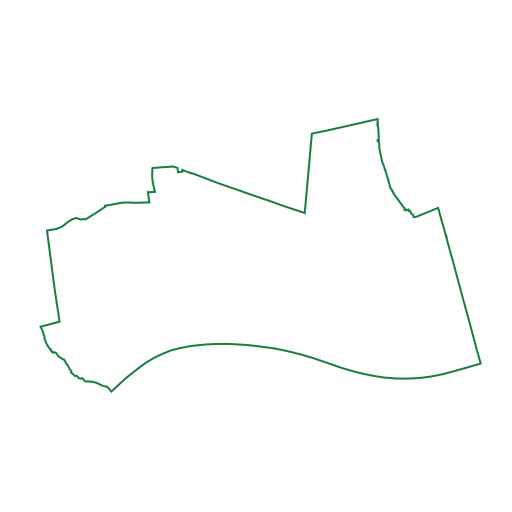 outline of Waalwijk, Noord-Brabant, Netherlands, rotated 177°
{"feature_id": "6326949B71985362418068", "entity_name": "Waalwijk", "entity_type": "district", "adm_level": 2, "iso_a3": "NLD", "parent_name": "Netherlands", "parent_adm1": "Noord-Brabant", "projection": "mercator", "projection_center": [5.025, 51.687], "detail": "fine", "context": "isolated", "style": "outline", "palette": "green", "viewbox_px": 512, "rotation_deg": 177, "n_neighbors": 0, "source": "geoboundaries", "source_scale": "gbopen_adm2", "svg_char_len": 5960}
<svg xmlns="http://www.w3.org/2000/svg" viewBox="0 0 512 512"><g transform="rotate(177 256 256)"><path d="M193.9,375.2L193.9,374.6L194.3,371.7L194.5,370.1L194.9,367.7L195.7,362.1L196.1,359.0L196.8,354.4L197.4,350.3L197.8,347.2L197.9,346.3L198.4,343.2L198.8,340.0L199.4,335.8L199.9,332.3L202.5,314.4L205.1,296.3L208.5,297.8L214.8,300.2L220.3,302.3L224.7,304.1L228.6,305.6L234.1,308.0L235.5,308.6L237.7,309.5L241.3,311.0L243.7,311.9L245.8,312.7L247.5,313.4L249.7,314.3L250.5,314.7L250.9,314.8L253.6,315.9L254.4,316.2L257.8,317.6L263.6,319.9L264.0,320.1L264.5,320.2L264.5,320.3L265.6,320.8L265.8,320.9L272.7,323.7L277.2,325.5L279.2,326.3L280.5,326.9L283.1,327.9L292.5,331.8L293.3,332.2L295.3,333.1L297.4,334.0L300.0,335.2L308.0,338.7L312.7,340.8L315.8,342.1L316.4,342.3L316.5,342.0L318.3,342.7L319.2,343.2L325.0,345.8L325.0,345.6L324.9,344.2L325.0,344.2L327.0,343.9L329.5,343.7L329.7,348.0L331.9,348.9L332.8,349.2L333.2,349.4L333.6,349.6L333.8,349.7L334.2,349.7L335.8,349.7L336.2,349.7L336.9,349.6L338.0,349.6L339.4,349.6L342.4,349.6L343.0,349.6L344.3,349.5L344.6,349.5L345.4,349.5L349.6,349.4L353.2,349.3L354.7,349.3L354.8,348.8L355.0,347.8L355.1,346.7L355.3,344.4L355.4,342.7L355.5,341.1L355.5,339.4L355.4,337.6L355.3,336.0L355.1,334.6L354.8,332.5L354.5,330.4L354.1,328.5L353.8,326.8L354.0,326.8L353.9,326.1L353.7,325.3L359.5,325.3L360.6,325.4L360.1,319.6L359.7,315.4L359.7,315.1L369.2,315.3L374.7,315.5L377.4,315.8L381.1,316.1L381.7,316.1L385.5,316.3L388.0,316.1L388.8,316.1L391.1,315.7L394.6,315.2L397.9,314.8L399.4,314.6L400.0,314.6L404.1,314.1L403.9,313.1L406.4,311.7L409.4,309.9L413.1,307.6L415.3,306.5L418.2,304.9L420.7,303.4L423.7,301.8L424.5,301.5L424.9,301.5L425.6,301.8L426.3,302.0L428.2,301.6L429.2,301.6L429.3,301.6L430.5,302.1L431.7,302.7L432.4,303.1L432.7,303.2L433.0,303.2L435.6,302.9L437.4,302.4L438.3,301.9L440.8,300.5L441.3,300.2L442.6,299.5L444.6,298.0L445.3,297.5L445.6,297.1L446.6,296.5L448.6,295.3L449.4,295.0L450.2,294.8L451.5,294.3L452.2,294.2L452.7,293.9L453.0,293.5L457.3,293.0L463.4,292.4L461.7,270.8L460.9,260.5L459.5,242.2L459.1,237.6L458.9,234.3L458.2,227.1L457.8,222.7L457.3,217.6L456.6,211.1L456.0,204.7L455.6,200.7L474.8,196.7L474.4,195.7L474.2,195.3L474.1,195.1L474.0,194.7L473.7,193.9L473.0,192.2L472.9,191.6L472.6,190.8L472.4,190.3L472.3,189.8L472.3,188.7L472.3,188.4L472.2,188.2L471.7,187.6L471.4,187.2L471.4,186.5L471.4,186.2L471.6,185.7L471.6,185.0L471.6,184.6L471.4,184.1L471.2,183.7L470.4,181.2L470.4,180.8L470.3,180.4L469.9,179.6L469.4,178.4L469.0,177.9L468.5,176.8L467.3,174.8L466.7,174.1L466.4,173.7L466.2,173.6L465.8,173.5L465.6,173.3L465.5,172.7L465.6,172.1L465.4,171.8L464.6,170.9L464.4,170.3L464.2,170.1L463.7,170.4L463.4,170.6L462.9,170.5L462.7,170.5L461.4,169.9L461.0,169.8L460.4,169.1L460.1,168.8L459.0,166.8L458.7,166.5L458.3,166.1L458.1,165.8L457.9,165.6L457.6,165.4L454.9,163.4L454.5,163.3L454.0,163.0L453.6,162.9L453.3,162.5L453.0,162.3L452.6,161.8L452.4,161.5L451.4,158.9L450.7,158.0L450.0,156.8L449.2,155.8L448.7,154.4L448.4,153.6L448.0,152.7L447.5,152.2L446.9,151.2L446.2,149.7L446.7,149.2L446.0,148.5L445.2,147.7L444.5,147.1L443.8,146.4L443.2,145.6L442.7,145.6L442.4,145.7L441.3,145.7L440.9,145.3L440.0,144.1L439.1,143.1L438.5,142.8L437.9,142.7L436.3,143.1L436.0,143.1L435.6,143.0L435.3,142.7L435.0,142.1L434.6,141.5L433.3,139.7L427.1,139.2L422.2,137.8L415.2,134.1L412.8,133.4L411.5,133.4L411.3,133.2L409.6,130.9L407.5,128.2L407.1,128.6L405.4,129.9L403.6,131.5L400.2,134.3L398.1,136.1L395.2,138.4L392.4,140.8L387.7,144.1L384.7,146.3L383.2,147.3L376.2,152.2L371.1,155.4L368.5,156.8L363.9,159.2L358.4,161.7L356.9,162.2L353.5,163.5L348.0,165.4L345.3,166.3L343.9,166.6L342.3,166.9L341.0,167.2L336.0,168.1L333.4,168.5L329.6,169.0L327.6,169.3L324.4,169.6L317.1,170.0L309.6,170.3L303.8,170.3L296.8,170.1L289.5,169.7L287.7,169.6L284.7,169.3L282.4,169.0L277.5,168.5L270.7,167.7L264.1,166.7L259.3,165.9L256.2,165.3L246.9,163.6L243.6,162.9L240.1,162.1L236.3,161.2L230.6,159.6L223.7,157.6L215.8,155.1L209.3,152.9L202.7,150.4L192.5,146.4L182.4,142.2L176.2,139.7L173.9,138.9L166.0,136.1L157.9,133.6L153.4,132.3L151.2,131.8L143.8,129.9L138.8,128.8L134.2,127.9L128.8,127.2L124.9,126.7L124.5,126.6L124.1,126.5L119.2,126.1L113.1,125.7L108.5,125.6L105.2,125.6L103.4,125.6L99.6,125.6L94.3,125.9L88.4,126.4L85.5,126.8L82.8,127.1L77.9,127.9L75.4,128.3L69.9,129.4L65.8,130.3L52.9,133.2L48.1,134.3L45.0,135.1L42.3,135.7L37.2,136.9L38.4,141.9L38.4,142.1L39.7,147.8L40.2,149.9L44.3,169.2L44.7,170.8L45.1,173.0L45.3,174.1L50.0,195.6L50.9,199.8L51.0,200.3L51.6,202.7L52.2,205.8L52.9,209.1L53.5,211.9L54.1,214.5L55.2,219.6L60.1,242.7L60.4,244.0L60.9,246.1L61.6,249.4L62.8,254.7L63.1,256.3L63.8,259.3L64.3,261.8L65.2,265.9L64.9,265.8L65.0,266.1L65.2,267.0L65.5,267.1L66.5,271.6L67.6,276.6L68.1,278.7L69.3,284.1L70.5,289.5L70.6,290.3L71.6,294.5L72.8,294.1L73.6,293.8L75.5,293.1L82.2,290.8L91.7,287.5L93.8,286.8L95.1,286.6L96.6,286.6L96.8,288.7L98.6,290.1L99.4,292.2L100.1,293.4L101.2,293.0L101.7,294.5L104.0,293.8L104.6,294.7L104.9,294.6L104.7,295.0L105.5,296.1L105.4,296.2L105.6,296.3L115.6,311.5L115.4,312.0L115.9,313.2L116.6,313.4L116.7,314.3L116.9,314.9L117.0,315.4L118.1,316.3L118.3,317.6L118.5,318.4L120.0,324.6L119.6,325.2L120.4,326.6L121.3,330.4L122.1,333.6L122.4,335.2L122.6,335.7L122.8,335.7L122.8,335.8L123.6,339.3L123.8,340.0L124.7,342.2L125.0,342.9L125.1,343.4L125.3,344.8L126.0,349.7L126.2,351.2L126.3,351.4L126.6,352.7L126.7,353.2L127.0,355.8L127.2,356.8L127.2,357.2L127.1,357.8L127.1,361.2L127.1,361.4L127.2,362.8L127.3,364.5L128.5,364.4L128.6,365.2L127.4,365.3L127.2,366.0L127.3,368.7L127.2,370.5L127.2,375.0L127.2,376.6L127.2,377.2L127.4,380.0L127.8,380.0L127.8,380.4L127.9,380.9L127.5,381.0L127.6,381.8L127.7,382.6L127.3,382.6L127.3,383.1L127.4,383.4L127.4,384.2L127.4,385.2L127.5,386.4L129.2,386.1L136.7,384.8L139.1,384.4L144.0,383.5L147.5,382.9L148.9,382.7L162.0,380.4L169.8,379.1L173.7,378.4L174.9,378.2L182.2,377.0L182.5,377.1L187.1,376.3L193.9,375.2Z" fill="none" stroke="#15803d" stroke-width="2"/></g></svg>